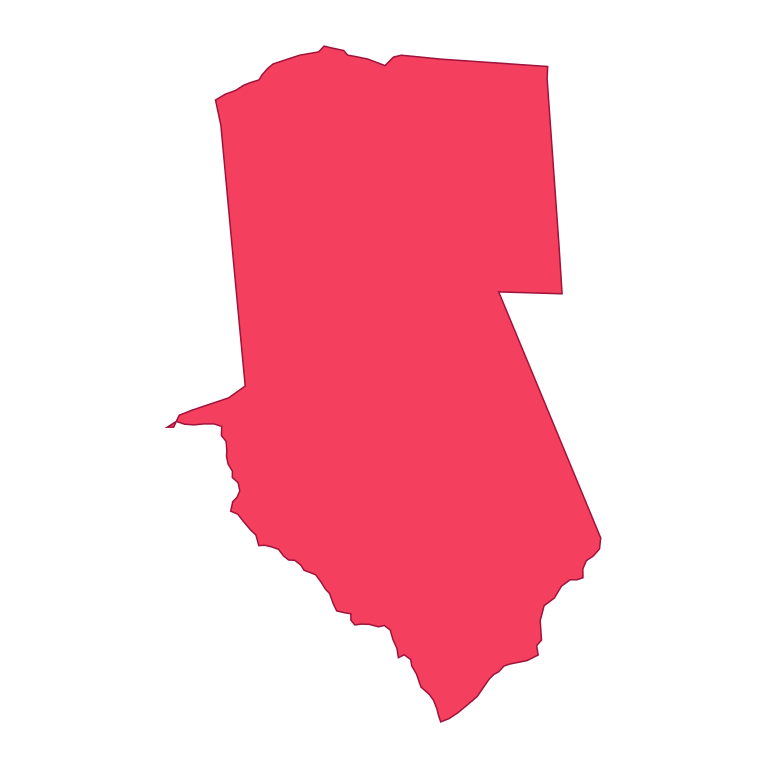 outline of Catingueira, Paraíba, Brazil
{"feature_id": "56859067B50931657389991", "entity_name": "Catingueira", "entity_type": "district", "adm_level": 2, "iso_a3": "BRA", "parent_name": "Brazil", "parent_adm1": "Paraíba", "projection": "orthographic", "projection_center": [-37.613, -7.154], "detail": "fine", "context": "isolated", "style": "filled", "palette": "rose", "viewbox_px": 768, "rotation_deg": 0, "n_neighbors": 0, "source": "geoboundaries", "source_scale": "gbopen_adm2", "svg_char_len": 1644}
<svg xmlns="http://www.w3.org/2000/svg" viewBox="0 0 768 768"><path d="M176.3,421.4L184.6,424.2L194.0,424.9L204.0,423.9L214.0,423.9L221.7,426.4L221.4,435.6L226.1,441.4L226.8,450.2L226.5,456.4L228.1,464.1L232.4,471.2L232.3,477.5L238.1,482.7L239.8,490.8L237.2,497.0L232.7,501.8L230.7,511.2L237.8,514.2L243.3,521.3L251.0,530.4L255.9,535.0L258.8,545.6L264.8,545.3L270.6,546.6L278.5,549.3L283.6,556.0L288.6,560.0L294.8,560.3L300.9,565.2L304.1,570.3L310.0,572.5L315.7,574.8L321.5,582.7L325.4,589.1L329.7,593.7L333.1,603.4L336.7,610.9L344.7,612.8L350.9,613.8L350.9,620.2L354.8,624.9L361.4,624.1L369.0,624.3L378.5,626.8L384.3,625.5L390.2,630.0L393.0,639.7L396.9,648.3L398.4,657.7L404.3,654.8L410.7,659.6L411.7,665.8L416.5,674.1L421.0,687.1L429.2,694.3L433.6,700.4L436.8,708.6L438.5,715.3L440.7,721.9L449.1,718.6L457.8,712.8L468.3,704.1L477.1,696.6L489.4,678.8L493.8,674.5L498.9,671.6L503.8,666.1L509.6,664.1L527.0,660.6L538.2,655.0L536.6,645.7L541.5,640.1L540.2,620.6L541.9,614.2L544.1,605.7L554.4,598.0L561.4,586.2L570.1,579.8L576.9,579.8L583.0,577.7L582.8,569.0L586.3,560.7L593.3,556.0L599.5,548.9L600.7,537.9L514.2,329.2L498.7,291.9L562.1,293.8L559.0,245.4L547.1,78.5L547.7,66.5L440.8,59.1L401.4,55.2L393.4,57.1L385.0,65.6L373.7,61.3L368.0,59.1L356.4,56.7L347.6,55.1L343.7,50.5L330.5,47.7L324.1,46.1L318.6,51.9L312.8,52.9L299.7,55.2L288.0,59.0L273.2,63.9L267.4,68.7L262.2,74.7L259.0,79.9L250.3,82.6L243.5,85.3L235.5,90.5L225.6,94.0L215.5,100.0L220.9,125.5L230.0,223.9L237.4,303.5L245.2,386.0L228.5,397.9L192.4,410.0L179.2,415.2L176.3,421.4ZM176.3,421.4L167.3,427.2L173.7,427.1L176.3,421.4Z" fill="#f43f5e" stroke="#9f1239" stroke-width="1.5"/></svg>